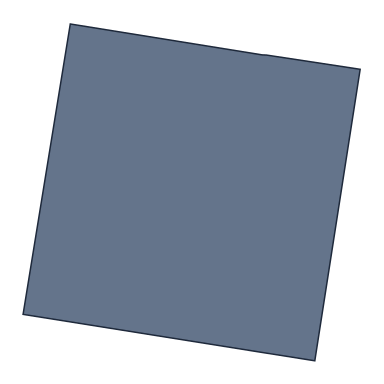 outline of Castro, Texas, United States of America, rotated 9°
{"feature_id": "52423323B59330108654898", "entity_name": "Castro", "entity_type": "district", "adm_level": 2, "iso_a3": "USA", "parent_name": "United States of America", "parent_adm1": "Texas", "projection": "albers", "projection_center": [-102.185, 34.531], "detail": "fine", "context": "isolated", "style": "filled", "palette": "slate", "viewbox_px": 384, "rotation_deg": 9, "n_neighbors": 0, "source": "geoboundaries", "source_scale": "gbopen_adm2", "svg_char_len": 259}
<svg xmlns="http://www.w3.org/2000/svg" viewBox="0 0 384 384"><g transform="rotate(9 192 192)"><path d="M339.7,339.5L338.9,44.5L244.0,45.1L239.8,45.6L45.5,45.1L44.3,339.3L288.0,339.5L339.7,339.5Z" fill="#64748b" stroke="#1e293b" stroke-width="1.5"/></g></svg>